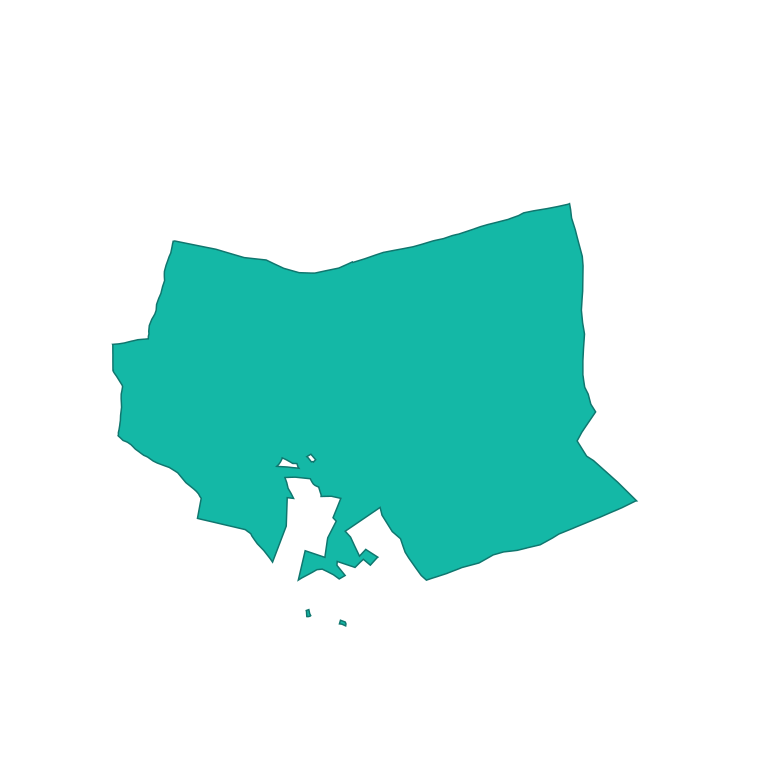 the district of Pegunungan Arfak, Papua Barat, Indonesia, rotated 148°
{"feature_id": "22746128B30560862468368", "entity_name": "Pegunungan Arfak", "entity_type": "district", "adm_level": 2, "iso_a3": "IDN", "parent_name": "Indonesia", "parent_adm1": "Papua Barat", "projection": "robinson", "projection_center": [133.846, -1.202], "detail": "fine", "context": "isolated", "style": "filled", "palette": "teal", "viewbox_px": 768, "rotation_deg": 148, "n_neighbors": 0, "source": "geoboundaries", "source_scale": "gbopen_adm2", "svg_char_len": 4987}
<svg xmlns="http://www.w3.org/2000/svg" viewBox="0 0 768 768"><g transform="rotate(148 384 384)"><path d="M231.7,151.0L237.9,177.0L246.9,208.0L250.4,215.4L250.4,223.4L250.4,232.6L250.4,233.4L246.3,235.7L241.9,238.2L237.7,240.1L219.3,248.2L219.3,257.3L216.2,267.2L215.5,274.9L212.8,281.2L211.0,285.1L210.6,286.2L203.1,298.2L196.2,308.1L187.5,320.1L186.4,322.7L183.1,330.7L177.5,342.0L170.7,351.5L166.3,357.5L152.6,378.7L148.2,387.2L143.9,401.3L142.0,407.4L140.1,413.3L137.0,425.3L133.3,433.1L131.1,438.6L131.4,438.6L133.3,439.1L143.1,442.6L152.7,446.3L165.4,451.6L174.8,455.1L177.1,455.3L180.6,455.5L186.1,456.7L188.8,457.3L191.5,457.8L200.3,460.6L201.9,461.1L209.3,463.5L211.4,464.2L218.8,466.3L219.7,466.5L228.6,468.5L241.4,471.6L243.5,472.4L247.5,473.7L256.6,475.8L264.6,478.7L266.7,479.4L276.7,482.1L279.9,483.0L286.7,485.0L292.9,487.4L296.3,488.7L301.6,490.8L308.0,493.3L313.5,495.4L314.7,495.9L320.9,497.4L322.5,497.8L334.0,500.4L346.1,503.6L346.1,503.9L346.1,504.3L350.3,504.8L361.0,506.3L373.1,510.8L383.9,514.7L387.2,516.8L397.0,523.4L402.0,528.9L407.7,535.2L413.8,544.6L418.2,551.6L424.2,556.3L435.6,565.3L439.7,569.9L447.6,578.8L455.1,587.3L457.1,589.2L458.8,590.8L461.8,593.6L485.7,616.2L486.5,616.5L487.8,617.0L487.3,616.5L487.2,616.3L488.5,615.5L491.1,612.6L495.4,608.1L498.7,605.9L502.8,602.6L505.5,600.5L506.2,599.9L510.5,595.9L512.0,593.7L513.4,591.4L515.3,587.9L520.1,584.0L521.2,582.9L523.5,580.7L525.1,579.1L528.3,576.9L529.4,576.2L534.7,572.0L538.1,567.3L541.2,564.8L542.3,564.2L543.4,563.6L546.7,561.9L552.0,558.0L554.4,554.9L555.6,553.3L556.8,551.0L558.5,549.4L559.9,547.2L563.5,549.0L564.2,549.4L568.3,551.5L569.3,552.0L574.0,553.6L575.3,554.1L578.7,555.2L582.5,556.4L587.7,558.6L593.1,561.4L593.1,561.1L597.3,554.3L598.5,552.3L601.7,547.2L606.5,539.4L606.3,539.3L606.2,539.2L606.9,538.2L606.9,537.0L606.9,535.6L606.7,532.4L606.7,528.5L606.7,525.1L606.7,521.7L606.9,520.9L607.1,520.3L609.9,517.1L612.2,514.7L614.6,511.0L615.6,509.2L616.7,507.2L618.9,503.3L624.0,497.0L627.0,492.6L628.3,491.1L630.0,489.0L632.8,485.8L635.0,483.6L636.0,481.9L636.3,481.6L636.5,481.4L636.9,481.1L636.9,480.9L636.2,478.4L635.2,474.4L633.4,472.0L632.4,470.5L630.7,466.6L629.9,463.1L629.8,462.5L629.4,460.6L628.1,457.4L627.4,455.6L627.1,454.8L626.7,453.7L625.5,450.8L623.8,448.4L623.7,448.1L623.2,447.4L620.6,441.1L620.0,440.1L618.2,437.2L614.0,431.7L610.3,427.0L608.1,422.5L606.0,418.1L604.3,405.4L603.9,404.2L601.1,396.2L600.5,394.1L600.0,392.3L599.5,389.0L599.7,386.6L599.7,385.2L599.6,383.9L603.4,379.8L613.4,368.9L611.1,366.5L609.2,364.6L604.6,360.0L601.6,357.0L592.1,347.4L590.4,345.7L587.4,342.7L578.6,333.8L578.5,333.1L578.4,332.9L577.5,330.6L576.9,329.3L576.6,328.3L576.3,327.5L576.6,325.2L576.4,320.3L576.1,315.7L574.2,306.6L573.2,297.2L573.1,296.2L572.9,292.0L554.6,305.9L542.2,315.3L526.3,338.9L521.3,334.9L520.8,340.6L520.6,346.4L518.7,352.0L517.6,357.2L512.5,354.3L508.6,352.0L505.4,349.5L496.7,342.7L496.8,341.8L496.9,341.0L497.0,338.7L496.9,336.5L496.2,334.5L495.3,333.1L495.1,332.8L494.3,331.6L494.0,331.3L495.2,326.8L496.1,323.2L497.0,322.0L492.6,319.4L489.1,317.3L488.0,316.6L481.2,309.9L487.6,305.2L493.7,300.8L498.1,297.6L497.5,294.5L497.2,293.0L513.2,283.4L514.9,281.5L524.1,270.6L526.0,268.3L539.2,284.4L560.6,263.1L556.7,263.1L548.1,262.5L544.9,262.3L539.3,262.1L534.4,259.7L533.8,258.6L531.5,255.0L531.2,254.5L528.0,249.1L527.3,247.4L526.2,244.7L525.3,242.4L518.4,242.2L520.0,255.2L517.7,258.3L510.3,249.3L508.6,247.2L507.7,246.2L506.6,244.8L505.8,243.8L498.5,245.5L496.3,245.9L494.4,246.3L491.6,237.6L482.0,240.3L481.0,240.4L484.7,248.2L486.5,252.0L487.1,253.4L496.0,251.0L494.7,262.4L493.5,271.9L494.9,279.7L452.7,281.4L455.2,273.8L455.2,264.2L455.2,263.5L455.2,254.5L452.0,244.1L452.2,243.2L453.9,236.0L455.2,230.1L455.2,228.3L455.2,228.1L455.2,223.4L454.6,212.6L454.6,212.3L454.0,203.1L453.9,201.9L452.9,198.3L452.1,195.6L452.0,195.2L445.7,193.7L441.1,192.5L438.6,191.9L431.0,190.0L429.7,189.8L425.5,189.0L418.3,187.6L415.3,187.1L404.2,183.7L398.3,181.9L394.2,181.7L389.9,181.5L381.9,181.2L377.5,179.9L371.5,178.2L368.6,176.8L365.3,175.2L359.1,172.3L349.9,169.3L349.7,169.3L347.4,168.5L336.8,164.9L324.5,164.2L322.4,164.1L317.2,164.1L315.2,164.1L299.7,161.4L298.2,161.2L274.1,157.1L272.2,156.7L260.7,155.0L250.4,153.4L247.8,153.0L240.9,152.3L232.8,151.5L231.7,151.0ZM510.2,374.5L509.5,375.3L506.9,371.4L506.6,370.8L504.6,367.2L503.6,365.1L500.0,362.7L500.8,359.5L500.8,357.6L502.1,358.7L505.9,361.6L509.3,364.3L509.9,364.8L517.8,370.4L518.6,371.0L515.6,371.7L512.9,372.9L510.6,374.3L510.2,374.5ZM487.5,361.9L488.0,363.3L483.2,363.2L482.1,356.0L485.2,355.2L485.3,355.8L486.9,356.5L487.0,358.0L487.5,361.9ZM567.3,232.5L570.0,233.1L570.4,231.9L571.3,230.3L572.7,227.7L571.8,227.0L570.5,226.5L569.6,226.3L568.9,226.4L568.7,228.7L568.1,230.3L567.3,232.5ZM544.8,205.0L546.1,206.7L548.9,204.2L547.3,202.9L546.9,202.6L546.8,202.4L544.7,199.2L543.4,200.7L543.0,202.6L543.4,203.2L544.7,204.9L544.8,205.0Z" fill="#14b8a6" stroke="#0f766e" stroke-width="1.5"/></g></svg>